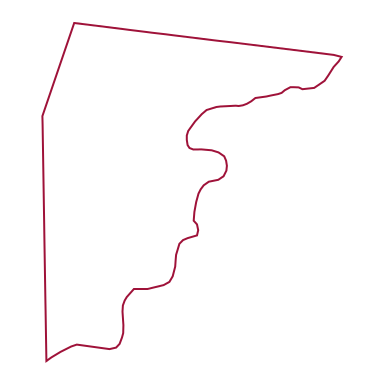 Magalhães de Almeida, Maranhão, Brazil
{"feature_id": "56859067B91112752221469", "entity_name": "Magalhães de Almeida", "entity_type": "district", "adm_level": 2, "iso_a3": "BRA", "parent_name": "Brazil", "parent_adm1": "Maranhão", "projection": "equal_earth", "projection_center": [-42.134, -3.322], "detail": "fine", "context": "isolated", "style": "outline", "palette": "rose", "viewbox_px": 384, "rotation_deg": 0, "n_neighbors": 0, "source": "geoboundaries", "source_scale": "gbopen_adm2", "svg_char_len": 1251}
<svg xmlns="http://www.w3.org/2000/svg" viewBox="0 0 384 384"><path d="M74.2,23.0L42.4,116.1L42.6,124.7L44.2,225.3L44.4,239.0L45.4,300.6L45.6,311.6L46.4,361.0L51.4,357.4L60.5,351.9L71.2,346.5L76.8,344.6L109.5,349.1L116.1,347.6L119.6,343.9L122.0,337.5L123.2,333.1L123.4,325.2L122.5,311.6L122.9,305.4L124.7,300.5L126.8,297.0L133.9,289.0L147.5,289.0L163.6,285.1L169.4,281.9L172.7,276.3L175.2,266.6L175.7,259.5L176.1,254.8L177.5,250.2L179.4,243.8L183.0,240.1L187.7,238.1L197.0,235.4L198.2,230.2L197.0,224.4L193.7,220.7L194.4,211.9L196.2,202.0L198.5,193.6L200.7,189.3L203.7,185.3L208.8,181.7L218.3,179.8L223.6,176.2L226.4,170.6L226.9,165.8L226.1,160.7L224.2,156.3L218.5,152.4L211.7,150.3L201.5,149.4L193.3,149.5L189.5,148.0L187.6,145.1L186.8,139.9L186.8,135.5L188.2,131.0L190.4,127.9L195.1,121.4L201.8,114.1L206.6,110.0L216.4,107.0L220.3,106.5L230.2,106.0L235.7,105.7L238.7,106.0L242.9,105.3L246.9,103.8L251.2,101.3L255.4,98.0L266.4,96.5L270.4,95.6L278.0,94.1L281.6,92.9L284.8,90.2L290.4,87.2L293.7,87.2L298.7,87.4L302.4,89.2L314.2,87.9L324.6,80.8L328.2,75.6L333.7,66.9L338.7,61.4L341.6,56.9L333.7,54.9L230.6,42.2L217.2,40.7L173.5,35.3L165.8,34.3L151.8,32.7L146.5,32.0L128.6,29.8L123.3,29.1L74.2,23.0Z" fill="none" stroke="#9f1239" stroke-width="2"/></svg>